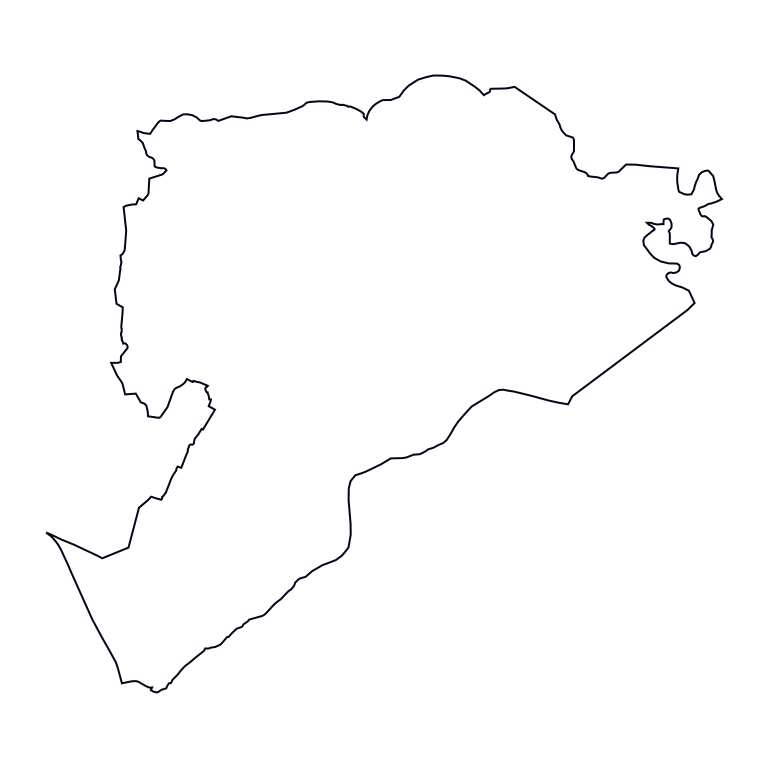 2e Arrondissement, Analamanga, Madagascar
{"feature_id": "10022922B64856352127888", "entity_name": "2e Arrondissement", "entity_type": "district", "adm_level": 2, "iso_a3": "MDG", "parent_name": "Madagascar", "parent_adm1": "Analamanga", "projection": "mercator", "projection_center": [47.548, -18.933], "detail": "fine", "context": "isolated", "style": "outline", "palette": "ink", "viewbox_px": 768, "rotation_deg": 0, "n_neighbors": 0, "source": "geoboundaries", "source_scale": "gbopen_adm2", "svg_char_len": 6092}
<svg xmlns="http://www.w3.org/2000/svg" viewBox="0 0 768 768"><path d="M132.1,204.5L126.2,205.7L123.6,207.0L126.2,230.8L124.9,247.9L124.5,250.7L122.9,253.5L121.5,254.8L120.5,255.4L120.9,259.8L121.4,262.1L120.9,265.1L120.2,267.3L120.5,269.4L120.2,270.0L118.9,280.2L114.8,289.3L116.5,303.8L122.8,307.4L122.5,313.5L121.3,326.4L121.4,328.2L121.8,329.1L121.6,330.7L121.7,332.0L121.2,332.7L120.9,334.2L121.4,336.6L121.7,337.0L121.6,337.6L122.0,338.7L121.7,339.0L121.9,340.4L122.9,341.8L123.2,343.6L125.2,343.3L126.8,344.7L127.4,345.7L127.6,347.9L121.0,356.3L120.8,362.0L117.8,362.9L111.2,362.9L117.0,375.4L121.5,381.9L122.6,384.0L125.1,394.4L135.8,393.6L140.8,402.3L144.5,403.7L146.2,405.3L147.0,408.1L147.8,412.3L148.0,416.3L158.7,417.8L159.7,417.6L160.7,416.8L167.5,407.1L173.1,391.5L174.5,389.2L175.8,388.2L177.3,387.4L179.9,386.4L183.4,383.9L184.6,382.7L186.2,380.4L186.8,379.1L187.7,379.4L192.5,382.0L193.0,381.8L193.1,381.1L193.6,380.9L197.6,382.1L199.6,382.3L207.8,385.8L206.9,386.9L205.8,387.3L205.3,388.9L205.6,390.2L206.6,392.2L207.6,392.3L207.8,393.6L208.3,394.5L208.8,396.7L209.3,399.4L210.9,399.5L210.4,401.8L208.7,406.2L215.0,409.7L202.9,429.6L201.7,429.0L200.2,431.2L198.6,433.9L194.8,438.8L194.4,439.8L193.8,443.5L193.0,444.5L190.4,444.6L189.4,445.2L188.9,446.8L188.0,448.7L187.7,451.8L186.4,454.6L181.3,467.8L177.7,466.6L176.5,468.4L176.2,470.5L173.6,474.3L171.2,478.7L168.2,486.7L166.6,490.4L166.3,491.8L163.4,496.0L162.0,497.1L162.1,498.5L161.3,499.7L158.0,498.9L151.1,496.7L148.0,500.1L139.0,507.7L128.5,547.6L102.2,558.3L97.4,555.7L74.0,544.7L61.5,539.6L50.2,534.2L46.1,532.6L51.3,536.4L55.8,541.5L58.6,545.4L61.1,549.9L68.7,566.4L71.3,572.6L92.2,619.2L102.0,637.5L109.9,651.4L115.9,662.4L118.1,669.0L121.9,683.3L131.2,681.4L134.5,681.1L136.7,681.2L138.8,682.0L145.9,686.1L148.4,687.2L150.0,687.7L152.1,687.5L150.8,690.1L153.3,691.6L157.1,692.5L158.9,691.6L161.4,689.8L166.3,688.3L167.3,685.7L169.2,683.1L170.9,683.1L172.7,679.6L177.4,674.9L181.4,669.9L185.2,665.9L189.5,662.7L195.1,657.9L203.9,650.9L205.3,648.4L208.3,648.6L211.1,647.6L215.2,647.0L220.4,644.6L222.3,642.7L227.0,637.1L228.5,637.0L232.2,632.9L236.6,628.7L240.6,627.4L242.3,626.5L243.4,624.4L247.7,621.5L249.1,619.6L261.7,616.1L263.6,615.3L266.2,613.1L272.8,605.8L276.5,602.3L280.8,599.2L288.2,591.4L291.3,589.2L294.2,585.6L295.2,582.6L299.3,578.7L305.6,576.8L312.2,571.1L322.4,565.2L335.8,560.1L341.6,555.9L345.3,551.7L348.5,547.4L350.7,534.9L350.6,524.2L348.6,500.3L348.8,488.2L350.6,481.1L355.3,475.3L360.6,473.6L365.7,471.7L381.0,464.3L390.8,458.4L402.4,458.1L406.3,457.5L413.5,454.7L419.8,454.2L424.7,451.8L428.6,449.1L430.8,448.6L434.1,447.4L437.8,445.3L443.2,443.0L446.6,440.1L450.4,434.3L454.1,427.6L458.2,421.6L464.4,414.4L471.8,406.4L489.1,395.9L493.8,392.5L499.1,390.0L503.5,389.7L506.6,390.4L514.1,391.6L531.4,395.8L548.5,400.5L559.0,402.8L568.1,404.3L572.2,396.3L687.6,309.9L694.6,303.0L688.9,290.7L682.0,287.3L679.4,286.6L675.5,285.3L671.9,283.5L668.6,280.8L666.2,276.7L666.6,274.9L668.0,273.4L670.7,272.4L673.2,273.1L676.5,272.4L678.9,270.7L679.9,267.7L679.3,265.1L677.1,263.6L668.7,263.4L660.9,261.5L658.0,260.0L654.2,257.8L650.2,253.6L643.9,245.1L643.3,240.8L644.4,237.8L647.3,235.0L650.3,232.8L652.5,230.9L654.4,229.8L654.6,228.9L653.2,227.4L651.4,226.0L648.8,224.6L647.0,222.8L651.3,222.8L653.6,223.8L655.9,224.3L658.6,224.5L660.6,224.1L663.5,224.1L663.5,221.6L663.9,219.4L665.9,218.7L668.5,218.6L670.1,219.9L671.5,223.4L671.6,226.1L671.2,228.1L668.7,231.1L669.8,233.3L669.8,243.6L672.8,244.2L674.9,243.9L677.4,243.3L680.9,242.7L685.0,243.2L687.9,245.3L689.6,247.0L691.6,250.7L692.2,253.6L693.5,255.4L695.8,256.2L698.0,254.6L699.8,252.4L705.8,251.1L710.1,248.6L711.2,246.5L711.6,244.5L713.1,241.9L712.8,239.6L711.4,236.9L711.7,234.1L711.7,230.4L713.3,224.6L711.4,221.1L706.4,216.9L705.4,216.7L704.9,216.1L702.9,216.4L701.6,215.9L700.6,214.6L698.6,209.9L698.5,209.1L698.7,208.5L699.9,207.8L704.4,206.2L706.5,205.2L706.8,204.7L709.3,203.7L710.4,203.7L716.7,201.6L721.9,199.1L718.9,195.6L717.3,193.1L716.2,190.0L714.8,182.7L713.2,176.0L708.4,170.7L706.6,170.6L704.2,171.2L701.6,172.4L699.2,174.6L697.8,178.5L696.1,182.0L694.8,185.9L694.1,189.1L691.4,194.3L687.4,194.7L684.3,194.2L679.1,191.8L678.4,189.7L677.4,183.4L677.2,180.6L677.2,175.8L678.3,168.4L650.6,166.3L635.8,164.7L626.1,164.5L618.8,171.6L617.0,172.4L609.7,172.9L607.7,174.1L604.1,178.0L602.7,178.5L601.7,178.6L597.7,177.3L590.3,176.5L587.8,175.8L587.7,174.9L586.9,173.6L585.7,172.8L584.5,172.1L578.2,170.0L576.7,168.8L576.1,167.9L573.5,161.4L571.6,158.8L571.3,156.5L572.0,154.5L573.0,153.1L574.0,151.1L574.0,139.9L573.0,137.6L566.3,135.4L563.9,133.1L561.5,130.0L560.2,127.0L559.5,124.3L556.8,119.8L555.0,114.4L515.1,87.2L514.6,86.9L507.3,88.3L504.2,88.5L490.7,88.8L490.3,89.3L489.9,91.6L489.1,92.3L485.3,94.2L483.9,95.2L479.5,90.4L475.1,86.9L465.8,80.7L459.6,78.3L450.2,76.4L443.5,75.7L437.3,75.5L433.0,75.6L426.0,77.2L418.2,79.6L409.0,85.4L404.0,90.3L399.3,96.8L390.4,100.1L386.4,100.0L382.7,100.1L379.9,101.4L376.1,103.7L374.0,105.4L372.4,106.9L369.4,110.8L367.4,115.3L366.6,119.6L364.0,117.1L363.6,115.7L363.7,113.7L360.8,111.4L356.0,108.8L352.1,107.2L350.0,106.4L348.3,106.8L347.3,105.9L342.3,104.7L341.9,105.0L341.2,105.0L339.1,104.7L335.9,103.8L333.6,102.7L330.9,102.0L327.3,101.5L319.1,101.3L309.6,102.0L306.6,102.7L303.0,105.9L295.1,109.5L286.5,112.7L262.0,115.0L259.0,115.6L250.1,118.0L246.5,118.4L243.4,117.7L231.3,116.3L218.3,120.9L216.3,119.5L213.5,119.0L211.4,119.8L208.9,120.4L201.6,121.1L200.2,120.6L196.5,117.3L192.3,115.2L188.8,114.5L186.9,114.3L183.0,114.4L177.2,117.6L174.8,119.2L170.4,121.0L165.2,120.9L160.6,120.6L160.2,120.8L157.9,122.9L152.7,129.9L150.1,133.9L143.4,133.0L140.3,131.8L137.4,131.1L137.9,134.3L138.3,138.9L141.2,141.2L142.9,143.3L144.2,147.2L146.0,151.4L146.1,152.9L147.0,155.2L149.2,156.9L151.5,157.6L152.8,158.3L154.4,160.4L154.6,166.3L155.6,167.0L157.3,167.6L161.2,168.2L163.8,168.2L165.5,169.0L166.5,170.4L163.1,174.0L161.6,174.7L149.3,178.6L148.5,193.3L147.9,194.7L147.3,195.6L143.1,200.5L138.7,198.3L136.2,204.2L135.8,204.4L132.1,204.5Z" fill="none" stroke="#020617" stroke-width="2"/></svg>